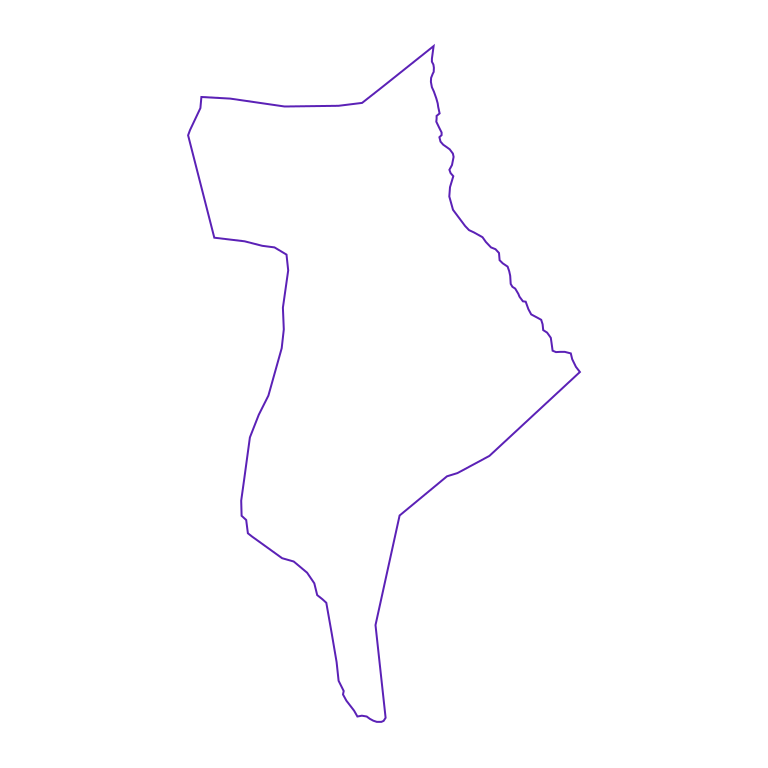 Bossembélé, Ombella-M'Poko, Central African Republic
{"feature_id": "33826404B7214769303301", "entity_name": "Bossembélé", "entity_type": "district", "adm_level": 2, "iso_a3": "CAF", "parent_name": "Central African Republic", "parent_adm1": "Ombella-M'Poko", "projection": "equal_earth", "projection_center": [17.729, 5.164], "detail": "fine", "context": "isolated", "style": "outline", "palette": "violet", "viewbox_px": 768, "rotation_deg": 0, "n_neighbors": 0, "source": "geoboundaries", "source_scale": "gbopen_adm2", "svg_char_len": 1660}
<svg xmlns="http://www.w3.org/2000/svg" viewBox="0 0 768 768"><path d="M385.6,717.8L375.5,625.1L399.6,515.5L447.0,476.3L457.4,473.1L489.4,455.9L579.9,372.0L575.9,366.8L572.2,359.2L570.8,353.4L564.9,351.9L559.5,351.9L556.0,352.1L552.6,350.7L551.5,342.6L550.8,337.8L547.1,332.6L543.2,330.1L542.6,324.3L541.2,319.8L537.4,317.7L531.2,314.4L528.4,309.2L525.7,301.7L522.9,301.3L519.5,296.7L518.3,293.8L515.2,288.6L512.4,286.8L510.7,283.9L510.2,275.8L509.2,271.2L507.6,266.6L502.7,263.3L499.6,260.2L499.0,253.0L495.5,249.2L491.0,247.4L485.9,242.0L482.5,237.2L473.9,232.4L469.0,230.1L465.1,226.0L453.0,209.8L449.3,196.5L450.0,187.2L453.3,176.2L450.6,173.1L449.4,169.8L452.0,165.0L453.6,156.9L452.9,153.6L449.7,149.3L446.5,147.0L443.2,144.7L440.5,141.6L439.4,137.2L441.6,135.1L441.6,132.5L439.2,127.7L436.3,121.7L436.6,118.6L436.6,115.9L439.6,113.4L438.2,106.9L437.7,103.4L436.3,98.4L433.9,91.6L431.9,87.2L430.9,81.9L431.1,77.9L432.8,73.6L433.7,71.9L433.9,67.8L433.4,64.6L431.9,61.7L431.9,58.8L433.6,46.1L382.7,86.7L362.1,102.9L338.5,105.8L284.6,106.5L230.2,98.6L201.4,97.0L200.4,108.1L190.0,130.1L188.1,135.3L214.3,237.7L244.6,241.3L262.2,245.8L274.5,247.4L286.5,254.6L288.2,270.4L282.9,307.7L283.8,329.4L281.7,348.2L268.4,395.6L258.8,414.7L249.9,437.4L244.1,479.9L241.2,500.6L241.6,515.8L246.2,520.0L247.1,527.2L247.9,533.3L252.1,536.6L282.1,558.2L293.7,561.5L307.1,572.7L314.3,583.3L317.2,595.1L322.5,599.3L326.3,602.8L331.7,633.3L336.6,662.1L338.6,680.8L343.7,691.0L343.0,694.5L346.4,700.7L354.1,710.7L357.4,716.5L361.9,715.7L366.7,716.5L369.8,718.8L373.3,720.7L376.9,721.9L381.3,721.9L383.6,720.9L385.6,717.8Z" fill="none" stroke="#5b21b6" stroke-width="2"/></svg>